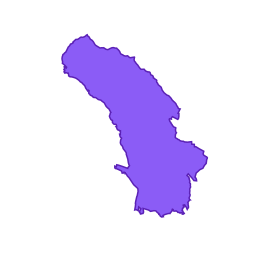 Farau, Alba, Romania (Equal Earth projection), rotated 220°
{"feature_id": "2599482B58805597350523", "entity_name": "Farau", "entity_type": "district", "adm_level": 2, "iso_a3": "ROU", "parent_name": "Romania", "parent_adm1": "Alba", "projection": "equal_earth", "projection_center": [24.029, 46.338], "detail": "fine", "context": "isolated", "style": "filled", "palette": "violet", "viewbox_px": 256, "rotation_deg": 220, "n_neighbors": 0, "source": "geoboundaries", "source_scale": "gbopen_adm2", "svg_char_len": 5785}
<svg xmlns="http://www.w3.org/2000/svg" viewBox="0 0 256 256"><g transform="rotate(220 128 128)"><path d="M219.2,173.2L219.6,172.3L219.6,171.3L220.1,169.8L220.8,168.6L221.5,167.9L221.9,167.8L222.4,167.4L222.8,166.5L222.9,165.6L223.5,163.6L224.9,162.3L225.4,158.4L224.8,158.1L224.9,157.6L225.2,156.7L225.6,155.8L226.0,155.4L225.6,153.4L225.8,151.6L224.8,147.7L224.6,146.6L224.4,146.2L224.7,145.3L224.8,144.6L224.7,143.9L225.0,142.8L225.0,142.2L224.6,141.5L224.2,140.4L223.3,138.9L222.4,138.0L220.4,136.5L219.9,135.4L216.9,135.4L214.1,135.1L213.9,134.2L216.2,134.4L216.3,133.9L215.3,133.2L214.9,132.6L214.5,132.5L214.6,131.6L213.7,131.6L213.2,131.2L213.4,130.3L212.9,129.8L212.6,129.8L212.3,129.6L211.7,129.4L211.5,129.5L211.4,130.4L211.0,130.6L209.5,131.1L209.2,131.6L208.9,131.5L207.4,130.3L207.0,129.8L205.5,129.9L203.6,131.2L200.3,132.6L198.2,132.9L196.2,133.0L194.1,132.7L192.6,133.1L191.5,132.8L189.5,132.7L188.1,132.5L186.1,131.4L182.8,130.5L182.9,131.0L182.8,131.4L182.6,131.5L181.9,131.6L180.6,129.6L180.3,129.4L180.0,129.2L179.0,129.3L178.2,128.9L176.4,129.3L175.9,129.5L175.7,129.4L175.4,129.4L175.0,129.2L173.8,129.4L172.5,130.4L171.9,130.6L169.1,130.7L166.6,131.9L165.5,131.8L162.3,132.0L158.6,130.5L156.4,130.3L155.0,130.4L151.1,128.9L151.2,128.3L151.0,127.7L150.6,127.2L150.0,125.4L149.7,125.0L148.3,124.2L146.6,123.5L145.8,123.4L144.9,123.8L144.6,123.7L143.8,122.5L143.4,122.2L142.0,121.9L141.2,121.9L140.2,122.5L139.8,123.0L139.4,123.1L138.0,122.3L137.7,121.9L138.0,121.3L137.7,121.3L137.3,121.1L135.4,120.1L134.6,120.0L133.8,120.3L133.6,120.5L132.5,120.4L132.0,121.0L130.9,119.7L130.2,118.6L129.8,118.2L130.4,117.8L129.8,117.3L128.2,116.2L126.4,116.1L125.9,114.1L124.5,111.9L123.9,111.4L122.6,110.7L121.5,110.7L120.9,110.5L119.5,109.9L118.5,109.1L115.7,108.5L113.7,108.0L113.1,107.6L112.5,106.8L108.1,104.0L105.4,101.6L103.7,100.5L102.6,100.1L102.6,97.6L102.3,96.9L107.5,95.0L111.5,93.4L113.0,92.6L112.0,90.8L113.6,90.3L112.6,89.1L112.2,88.9L111.5,88.9L110.7,89.4L108.8,90.0L106.5,90.6L105.2,90.9L103.5,89.7L103.3,90.0L102.7,90.3L102.8,91.0L102.7,91.6L101.5,92.0L101.1,91.1L100.9,91.0L100.6,91.3L100.7,91.5L99.8,91.6L97.5,90.8L95.3,90.6L87.2,88.2L82.3,88.0L81.4,87.8L79.7,86.1L79.2,85.4L78.9,84.7L77.5,82.2L77.2,81.3L77.1,80.9L74.6,76.1L73.7,74.8L73.4,74.8L72.0,72.7L70.2,69.6L70.0,70.0L69.5,70.3L68.7,70.9L66.9,71.2L69.0,74.4L67.0,74.4L66.4,74.6L66.1,74.3L65.9,72.8L65.7,72.2L64.9,70.7L63.8,70.7L63.3,70.2L63.0,70.2L61.9,71.9L61.6,72.1L61.6,72.5L62.0,73.6L64.7,76.1L59.5,78.4L57.2,78.6L55.0,81.3L53.6,82.3L53.3,82.4L52.3,82.2L50.6,82.1L49.3,82.3L49.2,82.3L48.8,81.6L48.1,81.8L47.8,81.8L46.8,81.3L46.1,81.2L45.6,81.5L44.9,81.5L44.7,81.8L43.9,82.8L44.5,83.1L45.0,83.5L44.4,84.7L44.4,85.0L42.5,87.9L41.3,89.3L40.9,89.4L41.0,92.1L41.0,92.6L41.6,93.7L41.8,94.3L41.1,94.5L40.9,94.5L40.7,93.8L40.6,93.6L39.3,93.9L38.3,94.8L38.0,95.3L37.5,95.5L36.2,95.6L35.6,95.4L34.8,96.0L34.1,96.1L33.9,96.3L33.4,96.3L33.1,96.7L33.0,97.3L32.5,97.6L31.9,97.5L31.1,96.9L30.6,97.4L30.4,97.4L30.2,98.0L30.3,98.3L30.0,98.7L30.2,98.8L32.0,99.1L32.4,99.5L32.8,99.7L33.3,99.5L33.7,99.7L33.9,100.6L34.6,101.4L34.6,101.8L34.3,102.1L34.2,103.3L34.7,104.0L35.4,103.8L35.6,104.0L36.1,104.4L35.8,104.8L35.7,105.1L35.5,105.3L35.2,105.3L35.1,105.5L34.8,105.5L34.1,105.1L32.3,104.7L30.3,103.7L30.5,105.0L30.5,105.7L30.8,106.3L31.5,107.0L33.0,108.2L33.1,108.5L33.8,109.2L34.3,109.4L34.5,112.0L34.5,112.4L34.1,112.9L35.3,113.0L36.3,113.8L36.9,115.8L37.4,116.7L38.9,117.6L39.3,118.3L39.8,118.8L40.0,119.4L41.6,121.0L42.1,123.0L43.3,124.0L43.8,124.8L44.6,125.6L45.4,125.6L45.9,125.9L46.4,127.0L47.4,127.7L48.1,128.1L48.9,128.7L48.9,129.0L49.6,129.1L49.9,129.4L52.3,129.5L52.4,130.0L52.4,131.6L46.8,130.8L43.7,130.1L41.5,131.6L42.4,132.5L43.6,133.2L45.1,133.5L46.8,137.3L46.8,137.7L46.4,140.2L46.2,142.2L44.8,145.2L44.8,145.9L45.3,147.4L45.2,148.0L45.4,148.5L45.3,151.1L45.7,151.3L45.9,152.1L47.5,154.5L47.6,155.3L48.1,156.2L48.7,156.4L49.4,156.4L49.7,156.2L51.1,156.1L51.9,155.9L52.5,155.9L53.8,156.4L55.0,158.9L59.9,157.9L64.0,157.3L65.0,156.3L66.7,158.1L68.8,156.6L70.5,158.4L73.7,155.0L74.6,154.6L75.3,153.9L76.0,153.6L77.2,153.4L77.9,152.7L79.0,152.1L80.1,151.7L81.6,151.8L82.5,151.3L83.4,151.4L84.6,151.1L85.8,151.2L87.5,153.6L87.7,154.5L87.8,155.5L88.5,155.6L89.2,156.0L89.9,156.6L90.6,157.3L91.1,158.3L91.6,158.9L93.8,158.2L95.1,158.5L95.7,158.5L96.5,159.0L98.0,159.2L98.4,159.6L99.1,159.8L100.2,159.9L100.6,160.4L101.5,160.7L102.1,161.3L102.1,161.8L100.5,162.7L101.1,163.2L101.3,165.2L95.4,166.6L95.5,167.8L96.4,169.5L98.3,171.8L99.1,171.4L99.5,172.8L100.3,176.1L101.3,175.5L102.1,175.4L103.2,176.0L105.3,176.6L106.3,177.1L106.9,177.4L109.1,177.7L110.3,177.6L110.9,177.8L111.6,177.7L112.0,177.9L112.7,177.9L113.2,178.2L114.7,178.6L116.6,178.8L117.5,178.9L119.6,178.2L123.1,178.2L126.2,179.0L128.7,180.5L129.2,180.6L132.6,180.6L134.3,181.4L135.4,181.5L136.0,182.0L136.5,182.9L137.0,183.1L137.4,183.1L138.6,182.8L139.6,183.0L140.6,182.7L140.8,182.7L141.4,183.3L142.1,183.8L143.0,183.9L144.8,183.4L146.4,184.5L146.9,184.7L147.4,184.7L147.9,184.5L148.9,183.7L151.2,183.0L152.1,183.1L152.7,183.3L153.4,183.4L155.7,181.4L156.5,181.3L158.4,181.7L161.1,182.5L162.4,182.6L164.0,182.9L164.5,183.2L165.1,183.2L166.1,183.4L167.4,184.4L168.5,186.4L168.8,186.4L169.4,185.6L170.1,184.9L171.3,183.4L172.2,183.0L172.9,183.0L174.1,183.1L174.8,183.0L176.1,181.5L177.9,180.7L179.1,180.7L180.8,180.1L182.2,180.5L183.6,181.3L185.8,181.7L187.2,181.7L188.0,181.9L189.1,181.0L190.7,180.3L191.8,179.3L192.8,177.4L193.5,175.6L193.9,175.0L194.2,174.8L195.9,174.0L196.6,174.1L197.3,173.8L197.6,174.0L198.6,173.6L199.1,173.0L199.8,172.5L200.9,171.3L205.5,170.6L206.6,170.6L207.3,170.8L209.7,171.7L211.1,172.0L212.2,172.1L213.8,171.8L216.7,172.8L218.3,172.6L219.2,173.2Z" fill="#8b5cf6" stroke="#5b21b6" stroke-width="1.5"/></g></svg>